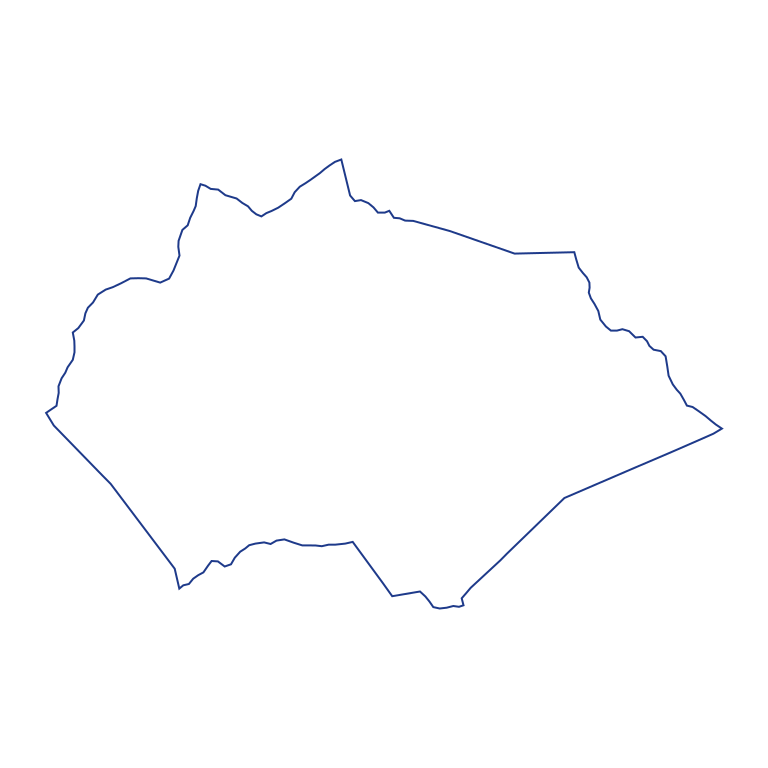 Tapiramutá, Bahia, Brazil (orthographic projection)
{"feature_id": "56859067B43397525607072", "entity_name": "Tapiramutá", "entity_type": "district", "adm_level": 2, "iso_a3": "BRA", "parent_name": "Brazil", "parent_adm1": "Bahia", "projection": "orthographic", "projection_center": [-40.799, -11.872], "detail": "fine", "context": "isolated", "style": "outline", "palette": "blue", "viewbox_px": 768, "rotation_deg": 0, "n_neighbors": 0, "source": "geoboundaries", "source_scale": "gbopen_adm2", "svg_char_len": 2169}
<svg xmlns="http://www.w3.org/2000/svg" viewBox="0 0 768 768"><path d="M179.3,588.6L183.3,585.3L188.9,584.0L193.2,578.7L198.2,575.2L203.4,572.4L208.1,565.6L211.6,561.0L217.9,561.4L224.7,566.5L231.0,564.3L234.8,557.7L240.2,551.7L245.2,548.5L249.2,545.2L255.4,543.6L264.1,542.4L270.6,544.0L276.5,540.6L284.4,539.4L293.7,542.7L302.3,545.4L309.5,545.4L315.7,545.5L321.8,546.2L328.5,544.7L334.9,544.7L345.3,543.6L352.7,541.9L383.0,583.3L392.2,596.2L420.0,591.5L425.4,596.5L429.5,601.6L433.3,607.1L439.7,608.5L446.7,607.7L453.3,606.0L459.0,606.8L463.5,605.3L461.7,598.3L466.4,592.9L470.7,587.8L500.3,560.4L506.7,553.9L564.4,498.0L636.7,466.9L672.3,451.7L706.4,436.8L713.4,433.7L721.9,428.6L715.8,424.5L710.9,420.6L705.6,416.1L698.6,411.1L692.6,407.0L686.9,405.6L684.0,400.1L680.3,393.6L676.8,389.8L672.8,384.4L668.6,375.7L667.3,366.6L665.6,356.3L660.8,351.1L653.6,349.7L649.4,345.9L647.0,341.2L642.7,336.8L635.5,337.5L629.1,331.2L622.4,329.2L617.0,330.6L610.9,330.6L605.9,326.5L600.3,319.6L598.3,311.0L594.4,303.8L590.9,298.4L588.8,292.6L589.6,287.7L589.4,282.6L586.7,277.3L582.9,273.0L578.7,267.6L576.2,259.3L574.3,252.2L514.6,253.6L449.7,231.0L413.2,220.9L405.1,220.6L399.7,218.3L393.9,217.8L389.3,210.8L384.8,212.6L377.9,212.6L373.5,207.4L368.3,203.1L361.0,200.1L354.9,201.1L350.1,195.5L341.3,159.5L334.9,161.9L329.5,165.5L324.7,169.0L319.9,173.1L315.7,176.1L310.4,179.9L305.5,183.2L299.8,186.7L294.7,192.2L291.3,198.7L285.5,202.8L278.2,207.7L271.5,211.0L266.4,213.1L261.4,216.4L256.3,214.3L251.8,210.8L248.0,206.3L242.4,203.0L236.6,198.5L225.4,195.2L218.2,189.6L210.7,188.9L205.4,185.7L200.5,184.2L198.2,190.8L196.8,198.2L195.7,206.1L193.6,211.0L190.2,217.8L187.7,225.3L182.4,229.9L178.6,240.8L178.3,246.8L179.5,255.6L173.5,270.5L169.1,278.6L160.2,282.6L146.1,278.4L138.4,278.2L130.4,278.4L121.0,283.3L112.7,287.2L105.7,289.6L97.8,294.6L93.0,302.5L87.9,307.7L85.4,313.3L83.9,320.5L78.3,328.1L72.8,332.5L74.3,340.7L74.5,346.4L74.5,352.3L72.8,359.8L67.6,367.3L65.3,372.7L61.6,378.3L58.5,386.3L58.7,392.9L57.5,399.3L56.5,405.8L50.6,409.8L46.1,412.9L53.8,425.5L98.6,471.6L103.2,476.3L110.7,483.9L174.7,568.7L179.3,588.6Z" fill="none" stroke="#1e3a8a" stroke-width="2"/></svg>